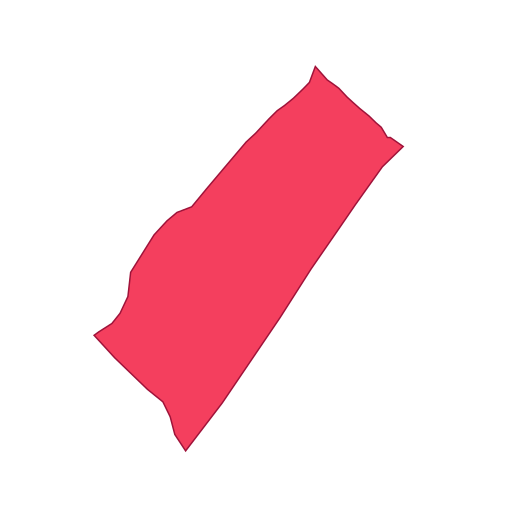 Potufale, Tuvalu (Robinson projection), rotated 244°
{"feature_id": "33948139B14408350290705", "entity_name": "Potufale", "entity_type": "district", "adm_level": 2, "iso_a3": "TUV", "parent_name": "Tuvalu", "parent_adm1": "", "projection": "robinson", "projection_center": [178.678, -7.484], "detail": "fine", "context": "isolated", "style": "filled", "palette": "rose", "viewbox_px": 512, "rotation_deg": 244, "n_neighbors": 0, "source": "geoboundaries", "source_scale": "gbopen_adm2", "svg_char_len": 742}
<svg xmlns="http://www.w3.org/2000/svg" viewBox="0 0 512 512"><g transform="rotate(244 256 256)"><path d="M400.3,392.4L388.6,380.1L385.5,371.5L381.4,358.8L378.8,347.8L377.3,338.7L373.7,328.1L366.5,309.5L362.8,297.2L349.4,266.7L338.0,240.9L328.4,219.8L329.8,204.1L326.7,191.6L319.7,173.7L296.3,136.2L275.7,123.1L264.1,108.7L258.5,96.9L256.8,81.8L255.7,75.7L248.4,77.9L226.4,84.4L183.7,100.0L165.7,108.4L149.1,108.4L131.2,104.8L111.7,107.3L138.7,161.2L190.0,250.5L220.2,299.8L245.4,344.6L258.5,367.7L280.8,408.7L289.9,436.3L303.6,428.7L304.9,426.0L316.8,425.0L323.2,422.2L332.2,419.0L335.6,417.4L343.1,413.9L351.4,410.5L359.0,407.5L370.4,404.0L377.5,400.3L383.0,397.2L400.3,392.4Z" fill="#f43f5e" stroke="#9f1239" stroke-width="1.5"/></g></svg>